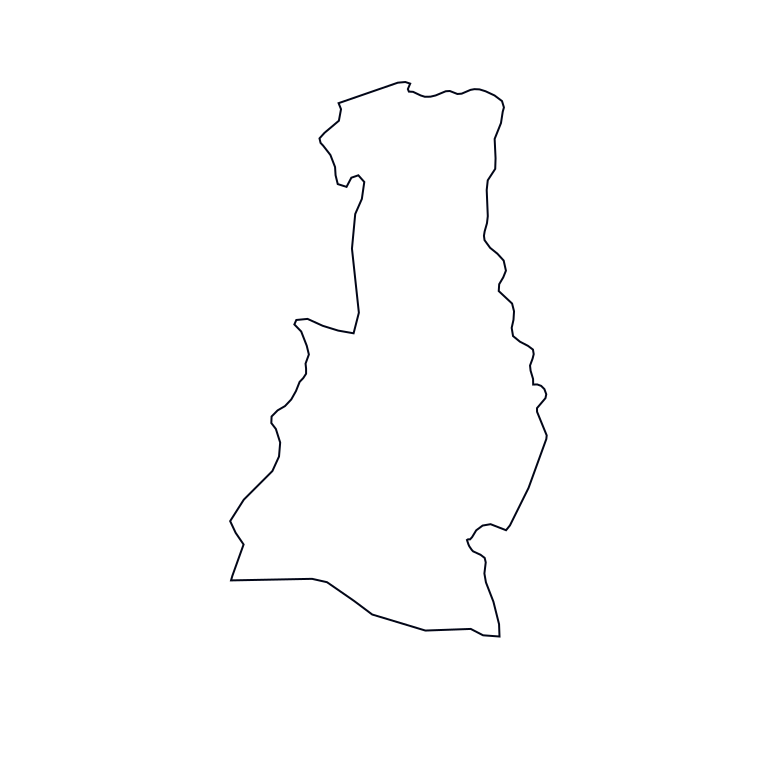 map outline of Gisborne District (orthographic projection), rotated 338°
{"feature_id": "NZL-3396", "entity_name": "Gisborne District", "entity_type": "Unitary Authority", "adm_level": 1, "iso_a3": "NZL", "parent_name": "New Zealand", "parent_adm1": "", "projection": "orthographic", "projection_center": [178.051, -38.256], "detail": "fine", "context": "isolated", "style": "outline", "palette": "ink", "viewbox_px": 768, "rotation_deg": 338, "n_neighbors": 0, "source": "natural_earth", "source_scale": "10m", "svg_char_len": 1870}
<svg xmlns="http://www.w3.org/2000/svg" viewBox="0 0 768 768"><g transform="rotate(338 384 384)"><path d="M447.1,106.6L509.7,109.8L516.9,112.0L520.8,115.3L516.6,119.5L516.6,122.2L520.4,124.0L526.1,130.2L529.5,133.0L534.7,135.0L540.0,135.8L550.9,135.7L554.8,137.0L560.7,142.6L564.8,143.9L574.4,143.7L578.3,144.5L582.9,146.6L587.8,150.6L594.6,157.9L599.4,165.9L598.8,172.5L596.1,176.0L590.2,185.9L578.4,198.2L572.0,216.5L567.7,226.2L556.5,234.0L551.9,242.6L543.1,267.3L539.7,273.5L534.5,280.2L532.2,284.0L531.1,288.3L533.4,297.5L538.0,305.8L541.2,314.4L539.5,324.6L534.5,329.8L528.2,334.6L525.2,340.8L532.9,357.4L531.8,365.3L528.1,373.0L523.4,379.8L521.6,387.9L525.9,395.7L531.8,402.6L535.0,407.9L534.0,412.4L531.3,416.1L526.3,421.6L524.9,426.6L524.1,435.2L522.1,440.4L525.9,441.8L529.0,444.6L530.8,448.8L530.6,454.3L528.4,457.6L516.8,463.7L515.5,467.1L515.6,492.6L513.9,495.8L479.1,534.5L447.8,562.3L442.4,565.3L430.3,553.9L422.4,552.2L414.7,554.2L408.3,559.0L405.6,560.3L403.7,559.5L402.5,559.7L402.2,564.4L402.3,566.5L403.2,570.6L403.9,572.5L409.6,578.6L412.2,583.0L411.5,587.5L406.1,597.3L404.2,606.1L403.9,626.8L400.7,649.8L396.5,661.4L381.7,654.1L372.7,643.6L330.0,628.1L286.7,593.3L274.9,573.8L256.9,546.4L244.3,537.7L168.6,508.8L171.5,505.1L193.7,480.2L190.7,466.4L190.0,453.5L210.7,438.7L247.9,422.9L259.5,411.9L265.8,399.4L266.9,385.2L264.9,378.0L267.6,372.0L275.5,368.6L283.9,367.4L292.2,363.6L299.7,357.6L306.6,350.4L311.3,348.3L315.6,345.3L317.5,340.6L318.9,335.7L325.4,328.5L326.7,319.6L326.9,304.3L323.2,295.2L326.7,291.8L337.5,295.0L349.0,307.1L361.5,317.3L374.8,325.6L387.4,308.5L405.0,246.5L421.0,215.6L432.8,204.1L441.4,189.3L438.4,180.9L431.0,180.5L423.1,187.2L416.0,181.3L417.3,172.3L419.9,164.5L420.1,151.6L416.9,140.3L415.5,136.7L416.2,132.1L423.0,128.8L440.8,123.0L447.1,113.1L447.1,106.6Z" fill="none" stroke="#020617" stroke-width="2"/></g></svg>